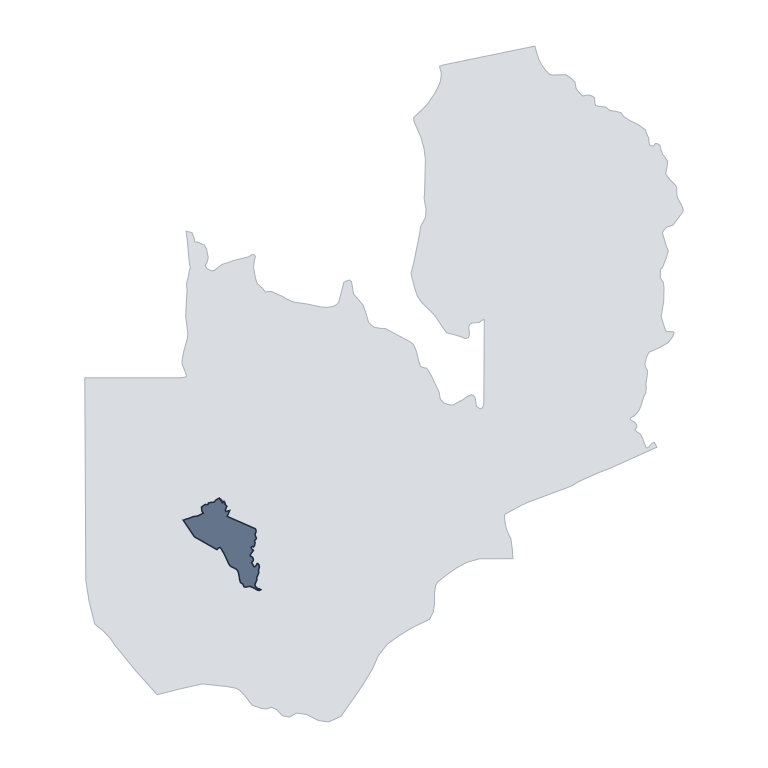 Luampa, Western, Zambia (highlighted)
{"feature_id": "96606910B75659295397669", "entity_name": "Luampa", "entity_type": "district", "adm_level": 2, "iso_a3": "ZMB", "parent_name": "Zambia", "parent_adm1": "Western", "projection": "equal_earth", "projection_center": [24.874, -15.433], "detail": "fine", "context": "in_parent", "style": "filled", "palette": "slate", "viewbox_px": 768, "rotation_deg": 0, "n_neighbors": 0, "source": "geoboundaries", "source_scale": "gbopen_adm2", "svg_char_len": 8637}
<svg xmlns="http://www.w3.org/2000/svg" viewBox="0 0 768 768"><path d="M513.0,558.7L479.2,558.8L466.8,562.4L456.7,567.8L444.6,576.3L437.5,582.2L435.6,585.5L434.6,592.8L434.5,603.9L433.3,612.0L429.5,619.3L411.2,628.2L399.2,635.5L387.4,644.1L378.5,655.3L372.4,669.0L362.2,686.0L341.0,716.3L328.8,721.9L318.6,720.6L306.3,714.3L296.5,713.1L289.3,717.1L282.6,715.8L276.4,709.5L271.3,707.2L267.1,708.9L261.8,708.6L252.1,705.1L243.7,694.3L239.1,689.8L235.6,688.1L225.5,686.4L202.4,683.9L178.3,689.3L157.2,694.7L135.6,670.6L114.8,645.1L110.4,638.6L102.5,630.1L96.9,625.9L94.7,623.8L89.0,601.0L85.8,580.0L84.8,377.8L180.0,377.8L186.1,376.9L186.4,374.8L182.0,363.9L182.2,360.1L183.4,352.7L187.5,338.0L187.8,333.1L185.8,317.1L186.0,308.1L187.1,290.0L186.4,283.9L188.6,275.7L189.4,270.3L190.3,268.0L189.2,261.8L187.3,240.2L186.1,231.2L191.9,232.6L193.8,237.0L194.9,241.8L197.5,242.1L204.3,245.0L206.6,249.0L208.2,257.6L207.2,262.1L205.0,265.6L207.2,268.8L211.8,270.9L214.4,270.3L222.1,264.4L229.2,262.2L232.8,260.7L248.6,256.8L251.7,254.7L253.9,254.7L255.4,256.4L254.0,262.5L253.6,268.0L255.5,278.2L257.0,283.0L260.2,286.5L262.6,288.3L265.3,292.0L270.8,291.3L282.8,296.6L286.5,299.0L291.6,301.4L295.2,302.3L307.6,304.1L320.7,307.0L327.6,307.3L332.4,306.6L335.8,305.1L337.9,303.4L338.8,302.0L343.8,282.5L346.3,281.0L349.6,280.0L351.5,281.8L353.6,294.0L363.1,305.1L366.3,314.4L368.6,322.4L370.7,324.6L374.3,327.3L380.0,328.3L385.2,328.5L410.7,342.1L413.5,344.6L416.6,351.8L418.4,360.0L420.4,366.5L423.7,367.7L426.6,368.2L429.5,372.6L431.7,376.5L439.2,392.5L440.2,398.8L443.9,403.0L448.8,404.8L453.4,405.1L456.1,403.2L462.6,399.9L467.7,396.1L471.5,394.8L473.6,395.6L475.3,398.2L476.4,406.2L480.0,408.9L482.6,407.8L483.7,404.7L483.8,403.1L484.3,319.6L481.9,320.2L479.0,322.6L472.2,322.9L469.6,324.7L468.7,327.3L469.2,330.8L469.3,335.5L468.3,337.7L465.4,338.6L461.1,336.8L453.3,334.4L446.8,332.9L442.2,326.7L436.0,317.2L431.9,312.5L421.9,302.6L420.3,300.6L417.3,296.0L414.7,288.2L412.3,279.1L411.0,273.3L413.4,264.5L419.3,235.4L420.7,226.4L425.6,217.2L426.0,209.0L424.1,198.5L424.6,192.6L425.4,159.4L424.1,148.8L420.9,137.2L413.8,120.9L413.8,117.4L424.9,106.9L428.3,102.9L434.1,94.4L438.0,87.1L440.5,81.2L441.4,73.5L439.5,66.3L443.4,64.9L534.9,46.1L536.2,51.1L538.9,59.4L542.1,65.5L546.0,70.8L549.3,74.1L551.5,75.0L565.6,74.7L570.6,77.9L575.0,82.1L576.1,88.4L579.0,92.4L582.1,95.6L583.4,96.0L585.7,95.2L589.5,95.1L593.0,96.5L594.6,97.9L594.8,103.2L595.8,105.6L600.6,106.6L605.4,107.0L610.1,110.6L615.1,111.2L621.0,112.7L623.7,116.6L629.9,120.6L637.5,124.2L645.8,130.1L646.0,131.9L647.4,135.4L648.8,137.9L648.9,141.6L649.6,145.0L651.8,145.8L653.5,146.0L655.2,143.6L657.4,143.6L659.9,145.2L660.7,149.1L662.6,154.4L665.6,158.0L667.7,161.5L666.9,167.9L665.6,173.7L669.7,179.4L675.1,184.8L676.6,187.2L676.9,195.3L677.7,198.1L681.4,204.8L683.2,209.2L683.0,211.8L672.9,225.1L666.8,227.1L664.1,229.9L662.4,232.7L666.2,245.9L668.3,250.9L666.5,257.2L662.4,267.9L660.6,268.8L660.2,276.9L661.4,279.9L663.3,282.2L664.0,287.7L663.7,301.3L661.1,316.7L665.4,330.2L666.9,331.6L673.1,331.7L674.2,332.9L672.7,336.7L668.2,342.6L660.3,347.2L648.9,352.3L646.5,357.2L644.9,364.3L646.1,368.4L647.6,370.8L647.0,377.0L646.0,383.5L646.2,388.6L645.7,393.2L644.2,395.4L642.1,402.2L639.6,409.1L637.6,412.2L634.7,415.5L630.2,418.2L630.3,419.6L635.3,422.8L636.6,425.0L637.1,426.5L634.9,429.9L637.2,432.0L640.1,433.8L642.7,438.4L645.7,447.0L646.3,447.8L647.1,448.0L648.8,447.0L652.0,443.5L654.3,442.3L656.9,447.2L609.4,468.5L598.2,472.8L581.5,480.3L576.1,483.1L571.8,485.9L527.6,502.4L520.7,505.7L505.1,514.1L504.5,515.5L504.7,519.4L506.0,527.3L508.6,534.5L510.9,538.7L512.3,549.4L513.0,558.7Z" fill="#d9dde1" stroke="#a8b0b8" stroke-width="1"/><path d="M255.2,534.8L255.1,534.1L255.1,533.9L255.8,532.7L255.9,532.1L256.1,531.5L256.1,531.3L256.1,531.0L256.0,530.5L255.9,530.0L255.8,529.6L255.7,529.3L255.2,528.7L244.3,523.9L227.2,516.4L229.7,510.5L225.9,511.5L225.3,510.0L226.9,506.2L225.0,504.4L225.1,503.9L225.2,503.5L225.2,503.4L225.1,503.1L225.0,502.8L225.0,502.7L224.9,502.6L224.7,502.3L224.5,502.1L224.4,502.0L224.1,502.1L223.9,502.0L223.9,501.9L223.9,501.7L223.9,501.4L224.0,501.3L224.0,501.2L223.9,501.2L223.7,501.3L223.5,501.5L223.4,501.6L223.2,501.8L223.1,502.0L222.9,502.3L222.8,502.6L222.7,502.5L222.4,502.4L222.2,502.5L222.2,502.4L222.2,502.1L222.3,502.0L222.3,501.9L222.2,501.7L222.2,501.4L222.2,501.5L222.0,501.4L221.9,501.3L221.9,501.2L221.9,500.9L221.7,501.0L221.4,501.0L221.4,500.9L221.5,500.8L221.5,500.7L221.4,500.7L221.3,500.4L221.2,500.4L220.8,500.4L220.9,500.0L221.0,499.8L220.9,499.7L220.8,499.4L220.7,499.2L220.3,499.3L220.2,499.4L219.9,499.3L219.9,499.1L220.0,499.1L220.2,498.9L219.9,498.8L219.7,498.7L219.3,498.3L219.1,498.3L219.1,498.2L217.5,499.0L216.8,499.4L216.4,499.7L215.7,500.2L214.4,501.9L211.9,502.5L211.4,502.3L211.1,502.3L208.7,502.9L208.4,503.0L208.1,504.2L208.1,504.3L207.8,504.6L207.7,504.6L206.6,504.6L206.2,504.5L205.5,504.4L205.3,504.5L205.0,504.6L202.1,506.6L201.4,507.2L202.0,511.5L203.3,513.2L199.6,515.0L198.5,515.6L195.9,516.3L195.2,516.3L193.0,516.6L192.9,516.7L190.8,517.6L190.5,517.7L188.1,518.6L186.1,519.1L183.4,520.2L183.2,520.2L194.4,536.8L216.9,549.6L217.0,549.6L217.3,549.4L218.2,548.3L218.8,547.8L219.9,547.4L220.0,547.5L220.4,547.8L220.8,548.3L221.4,549.1L221.6,549.4L221.9,549.9L222.3,550.6L222.6,551.3L222.8,551.6L223.1,552.0L223.4,552.4L223.6,552.7L223.8,553.3L224.1,553.9L224.5,554.6L224.7,554.9L224.7,555.1L224.9,555.5L225.2,556.0L228.2,562.7L228.4,563.1L228.7,563.6L228.9,564.0L229.2,564.4L229.2,564.6L229.7,565.3L230.0,565.6L230.2,565.8L230.8,566.3L231.0,566.4L231.7,566.9L232.7,567.4L233.0,567.5L233.5,567.8L233.8,567.9L234.6,568.2L235.2,568.6L235.8,568.9L236.2,569.3L236.9,569.8L237.4,570.4L237.7,570.9L237.9,571.5L238.1,571.8L238.3,572.4L238.5,573.1L238.6,573.8L238.7,574.2L238.7,574.6L239.0,575.4L239.1,576.2L239.2,576.5L239.2,576.8L239.3,577.1L239.4,577.5L239.5,579.1L239.5,579.4L239.7,579.7L239.8,580.3L239.9,580.6L240.0,580.9L240.1,581.3L240.2,581.6L240.3,581.8L240.5,582.6L241.2,583.0L243.0,584.3L243.7,586.3L243.7,586.5L243.9,586.7L244.1,586.8L244.3,586.9L244.9,587.0L245.3,587.1L245.7,587.1L246.3,587.1L246.5,587.0L247.2,586.8L247.4,586.7L247.7,586.7L248.2,586.6L248.8,586.5L249.1,586.5L249.4,586.4L249.6,586.4L249.9,586.4L250.6,586.6L251.1,586.9L251.5,587.1L252.5,587.4L252.7,587.5L253.2,587.7L254.3,588.4L254.9,588.6L256.6,589.7L256.9,589.8L257.1,590.0L257.5,590.1L258.0,590.3L258.9,590.5L259.1,590.5L259.3,590.5L259.7,590.3L259.8,590.2L260.0,590.1L260.8,589.7L260.6,589.6L260.1,589.2L259.3,588.8L258.9,588.6L258.7,588.6L257.7,589.1L257.4,589.0L257.3,588.6L257.3,588.3L257.2,588.2L256.9,587.9L256.8,587.6L256.7,587.4L256.0,587.1L255.7,587.0L255.4,586.5L255.3,586.0L255.1,585.0L255.0,584.1L255.1,583.9L255.3,583.5L255.7,582.7L255.9,582.4L256.0,581.9L256.1,581.4L256.2,581.2L256.3,581.0L256.5,580.7L256.9,580.1L257.0,579.7L256.9,579.3L256.8,578.8L256.7,578.3L256.7,577.9L257.0,576.9L257.3,576.5L257.5,575.9L257.6,575.7L257.7,575.3L257.8,575.2L258.1,574.6L258.2,574.3L258.2,574.2L258.4,573.9L258.5,573.5L258.7,572.9L258.8,572.6L258.8,572.3L258.8,571.9L258.6,571.7L258.5,571.3L258.5,570.7L258.6,570.0L258.6,569.8L258.8,569.4L258.8,569.2L258.7,569.1L258.8,568.6L259.0,568.2L259.1,567.9L259.3,567.6L259.4,567.3L259.4,566.9L259.3,566.6L259.2,566.3L259.2,566.1L259.3,565.5L259.3,565.3L259.0,564.9L258.8,564.6L258.3,564.2L258.2,564.0L258.0,563.8L257.8,563.6L257.7,563.4L257.3,563.4L257.1,563.6L256.8,564.0L256.6,564.5L256.3,565.2L255.8,565.8L255.5,566.1L255.2,566.3L254.9,566.6L254.7,566.7L254.3,566.7L254.0,566.7L253.9,566.6L253.7,566.4L253.1,564.9L252.8,564.2L252.5,563.7L252.3,563.5L252.1,563.2L251.5,562.5L251.5,562.4L251.8,562.1L253.0,561.1L253.1,560.9L253.3,560.4L253.3,560.2L253.3,559.8L253.3,559.7L253.4,559.2L253.1,558.3L252.8,557.7L252.3,557.1L252.0,556.9L251.8,556.8L251.5,556.7L250.9,556.5L250.6,556.4L250.5,556.2L250.6,555.8L250.5,555.6L250.1,555.2L251.1,553.7L251.6,552.8L252.0,552.3L252.2,552.2L252.4,551.8L252.6,551.5L252.8,551.2L253.3,550.8L253.5,550.4L253.3,550.2L253.2,550.1L252.9,549.8L252.5,549.6L252.0,549.2L251.7,548.8L251.5,548.5L251.4,548.3L251.3,548.0L251.3,547.9L251.2,547.5L251.4,547.2L251.6,546.9L251.8,546.8L251.9,546.7L252.0,546.5L252.2,546.4L252.4,546.4L252.5,546.5L252.8,546.7L253.1,546.7L253.5,547.0L253.7,546.9L253.8,546.8L254.3,545.9L254.6,545.6L254.7,545.0L254.7,544.6L254.9,543.8L255.0,543.5L255.1,543.0L255.0,542.3L254.5,541.4L254.7,540.6L254.9,540.3L255.0,540.2L255.3,539.8L255.6,539.4L256.0,539.1L256.3,538.6L256.4,538.3L256.4,537.9L256.2,537.6L256.1,537.3L256.0,537.1L255.8,536.8L255.6,536.5L255.3,535.4L255.2,534.8Z" fill="#64748b" stroke="#1e293b" stroke-width="1.5"/></svg>